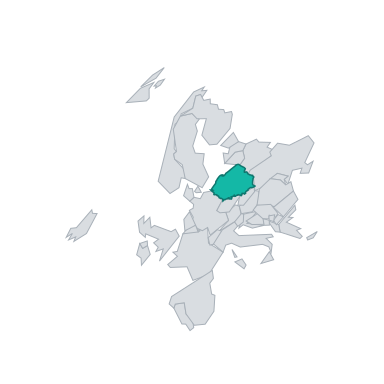 Poland highlighted on a map of Europe, rotated 319°
{"feature_id": "POL", "entity_name": "Poland", "entity_type": "country or territory", "adm_level": 0, "iso_a3": "POL", "parent_name": "Europe", "parent_adm1": "", "projection": "robinson", "projection_center": [19.099, 51.929], "detail": "fine", "context": "in_parent", "style": "filled", "palette": "teal", "viewbox_px": 384, "rotation_deg": 319, "n_neighbors": 37, "source": "natural_earth", "source_scale": "50m", "svg_char_len": 10833}
<svg xmlns="http://www.w3.org/2000/svg" viewBox="0 0 384 384"><g transform="rotate(319 192 192)"><path d="M201.1,81.5L221.1,79.9L235.1,84.3L227.3,86.0L221.2,93.1L217.3,93.3L201.1,81.5ZM269.9,125.0L261.2,127.3L262.4,124.0L257.8,122.1L247.6,129.3L235.1,125.9L230.3,130.4L223.6,129.7L206.9,147.7L206.8,151.3L203.1,151.3L200.4,155.9L201.0,170.9L195.7,177.4L193.2,174.2L185.0,180.2L174.4,178.7L173.5,161.7L227.8,123.7L258.9,117.6L270.1,120.8L265.7,122.0L269.9,125.0ZM252.7,79.9L239.5,82.5L222.3,79.0L239.0,77.9L252.7,79.9ZM245.2,88.8L238.2,90.5L232.6,89.6L234.8,88.5L232.9,87.2L239.3,86.4L245.2,88.8Z" fill="#d9dde1" stroke="#a8b0b8" stroke-width="1"/><path d="M157.7,217.6L180.5,229.0L170.9,241.4L176.0,257.8L150.7,265.2L134.7,259.3L139.2,245.2L126.1,234.7L126.1,230.8L138.8,231.0L138.1,224.9L141.9,227.2L157.7,217.6ZM181.4,269.4L184.5,261.6L183.4,270.5L181.4,269.4Z" fill="#d9dde1" stroke="#a8b0b8" stroke-width="1"/><path d="M195.7,177.4L202.6,165.0L200.4,155.9L203.1,151.3L206.8,151.3L219.1,132.3L233.0,127.1L243.5,132.7L245.2,141.8L238.9,143.2L236.0,149.5L222.7,157.8L219.9,164.8L226.3,171.1L218.5,178.1L214.5,191.5L202.5,195.4L195.7,177.4Z" fill="#d9dde1" stroke="#a8b0b8" stroke-width="1"/><path d="M264.2,191.2L275.3,194.4L275.2,198.2L283.7,206.0L278.1,207.4L280.5,212.6L275.6,216.7L246.1,215.3L245.6,203.0L253.9,201.0L257.5,194.1L264.2,191.2Z" fill="#d9dde1" stroke="#a8b0b8" stroke-width="1"/><path d="M297.0,247.2L303.6,248.2L292.5,254.2L285.9,248.9L290.6,246.1L282.0,241.5L269.4,249.1L269.9,242.9L274.9,243.0L268.6,233.9L252.3,235.9L240.3,232.2L247.9,221.4L246.1,215.3L250.3,213.7L275.6,216.7L276.9,212.9L288.6,211.3L296.2,220.6L316.7,225.8L316.3,235.0L296.4,243.8L297.0,247.2Z" fill="#d9dde1" stroke="#a8b0b8" stroke-width="1"/><path d="M218.4,233.8L214.1,241.6L208.1,243.0L185.9,239.3L200.9,237.4L204.0,229.8L216.4,230.3L218.4,233.8Z" fill="#d9dde1" stroke="#a8b0b8" stroke-width="1"/><path d="M240.3,232.2L243.0,235.1L235.9,243.6L224.7,246.6L215.0,240.7L218.4,233.8L240.3,232.2Z" fill="#d9dde1" stroke="#a8b0b8" stroke-width="1"/><path d="M259.8,233.3L268.6,233.9L274.9,243.0L269.9,242.9L267.4,248.1L266.6,240.9L259.8,233.3Z" fill="#d9dde1" stroke="#a8b0b8" stroke-width="1"/><path d="M267.4,248.1L273.4,249.1L269.2,257.8L244.5,257.1L232.4,244.6L244.9,234.0L259.8,233.3L266.6,240.9L267.4,248.1Z" fill="#d9dde1" stroke="#a8b0b8" stroke-width="1"/><path d="M257.5,194.1L253.9,201.0L245.6,203.0L235.4,191.9L250.7,190.2L257.5,194.1Z" fill="#d9dde1" stroke="#a8b0b8" stroke-width="1"/><path d="M260.2,184.5L264.2,191.2L257.5,194.1L250.7,190.2L235.4,191.9L241.1,183.0L244.4,186.9L251.6,181.9L260.2,184.5Z" fill="#d9dde1" stroke="#a8b0b8" stroke-width="1"/><path d="M262.3,174.2L260.2,184.5L248.3,182.8L244.2,175.7L262.3,174.2Z" fill="#d9dde1" stroke="#a8b0b8" stroke-width="1"/><path d="M207.0,203.8L210.3,217.8L198.5,222.3L204.0,229.8L200.9,237.4L177.4,236.5L180.5,229.0L174.4,228.0L172.2,223.0L172.7,213.9L176.4,211.9L178.0,204.1L182.2,205.0L185.1,202.4L184.3,197.4L190.0,197.3L193.9,202.5L200.5,200.0L207.0,203.8Z" fill="#d9dde1" stroke="#a8b0b8" stroke-width="1"/><path d="M243.2,254.9L244.5,257.1L269.2,257.8L267.1,267.1L244.7,270.7L243.2,254.9Z" fill="#d9dde1" stroke="#a8b0b8" stroke-width="1"/><path d="M260.6,304.0L253.4,306.1L247.8,304.1L248.6,301.7L260.6,304.0ZM236.1,273.4L261.0,269.5L258.7,273.5L248.2,274.3L251.4,277.4L243.4,276.7L250.0,291.0L245.8,289.5L246.1,297.8L243.0,297.9L232.2,280.1L236.1,273.4Z" fill="#d9dde1" stroke="#a8b0b8" stroke-width="1"/><path d="M236.1,273.4L232.2,280.1L228.9,276.7L230.3,263.3L236.1,273.4Z" fill="#d9dde1" stroke="#a8b0b8" stroke-width="1"/><path d="M216.5,242.6L228.8,249.4L212.8,251.7L224.6,264.5L213.9,258.9L209.1,250.3L203.7,250.0L216.5,242.6Z" fill="#d9dde1" stroke="#a8b0b8" stroke-width="1"/><path d="M186.5,237.1L189.6,242.7L175.9,246.5L170.7,243.8L174.2,237.0L186.5,237.1Z" fill="#d9dde1" stroke="#a8b0b8" stroke-width="1"/><path d="M171.0,223.2L172.5,226.6L170.4,226.2L171.0,223.2Z" fill="#d9dde1" stroke="#a8b0b8" stroke-width="1"/><path d="M172.9,219.4L170.4,226.2L157.7,217.6L168.2,215.9L172.9,219.4Z" fill="#d9dde1" stroke="#a8b0b8" stroke-width="1"/><path d="M177.1,205.3L172.9,219.4L161.2,216.6L167.9,207.3L177.1,205.3Z" fill="#d9dde1" stroke="#a8b0b8" stroke-width="1"/><path d="M102.1,267.8L105.8,265.6L113.5,270.5L107.5,280.1L108.7,288.7L104.3,295.5L99.6,295.3L100.6,287.6L97.8,285.0L102.1,267.8Z" fill="#d9dde1" stroke="#a8b0b8" stroke-width="1"/><path d="M106.3,294.1L107.5,280.1L113.5,270.5L105.8,265.6L102.1,267.8L101.3,261.5L108.0,257.5L155.9,264.5L151.4,271.3L145.6,272.5L139.9,281.9L141.5,285.0L130.3,296.4L115.2,300.4L106.3,294.1Z" fill="#d9dde1" stroke="#a8b0b8" stroke-width="1"/><path d="M123.3,203.2L119.5,211.7L105.8,214.1L110.2,208.5L109.0,203.1L118.8,196.6L117.8,202.2L123.3,203.2Z" fill="#d9dde1" stroke="#a8b0b8" stroke-width="1"/><path d="M190.0,240.5L204.5,242.5L205.0,247.5L197.9,248.6L198.8,255.7L224.3,276.1L223.9,279.1L217.5,275.6L218.2,284.1L212.0,289.6L214.0,283.8L210.9,277.8L192.3,265.2L188.3,256.6L182.6,254.2L176.0,257.8L174.1,245.3L190.0,240.5ZM197.1,291.2L211.2,287.8L209.2,296.7L197.1,291.2ZM178.5,272.9L185.8,275.3L184.9,282.6L180.9,284.1L178.5,272.9Z" fill="#d9dde1" stroke="#a8b0b8" stroke-width="1"/><path d="M190.0,197.3L184.3,197.4L183.2,189.3L193.6,183.2L192.0,187.5L194.5,189.7L190.0,197.3ZM200.3,191.5L198.8,198.3L194.7,195.3L194.3,193.2L200.3,191.5Z" fill="#d9dde1" stroke="#a8b0b8" stroke-width="1"/><path d="M123.3,203.2L117.8,202.2L118.8,196.6L126.1,199.6L123.3,203.2ZM135.8,205.7L129.6,193.2L127.0,195.6L126.0,188.0L132.2,178.5L140.1,178.5L135.0,184.1L143.6,183.4L137.6,192.2L141.7,192.5L150.2,208.2L155.1,209.2L153.4,216.9L122.1,222.8L133.0,216.1L125.7,213.2L130.3,211.5L129.7,205.2L135.8,205.7Z" fill="#d9dde1" stroke="#a8b0b8" stroke-width="1"/><path d="M104.7,139.7L102.9,142.8L106.2,146.0L85.1,154.1L70.4,151.8L74.8,149.6L67.4,147.2L74.6,144.8L67.3,143.7L76.7,139.9L81.3,143.1L104.7,139.7Z" fill="#d9dde1" stroke="#a8b0b8" stroke-width="1"/><path d="M204.5,242.5L215.0,240.7L216.5,242.6L211.0,248.3L204.0,248.0L204.5,242.5Z" fill="#d9dde1" stroke="#a8b0b8" stroke-width="1"/><path d="M262.4,124.0L261.0,130.6L266.7,133.8L263.7,137.4L268.4,142.8L266.3,146.9L270.0,150.6L268.7,153.8L274.6,157.2L273.4,159.8L262.4,169.0L242.2,172.3L236.1,167.9L236.7,155.6L250.9,146.1L243.8,140.0L243.5,132.7L233.0,127.1L247.6,129.3L257.8,122.1L262.4,124.0Z" fill="#d9dde1" stroke="#a8b0b8" stroke-width="1"/><path d="M242.3,228.6L239.4,232.8L222.2,235.8L218.0,232.0L225.2,226.4L242.3,228.6Z" fill="#d9dde1" stroke="#a8b0b8" stroke-width="1"/><path d="M210.3,217.8L221.0,221.8L226.5,226.4L207.1,231.5L199.5,226.1L198.5,222.3L210.3,217.8Z" fill="#d9dde1" stroke="#a8b0b8" stroke-width="1"/><path d="M225.1,263.6L215.9,255.9L213.8,249.4L228.7,251.4L229.1,258.5L225.1,263.6Z" fill="#d9dde1" stroke="#a8b0b8" stroke-width="1"/><path d="M242.1,265.4L244.7,270.7L234.2,272.1L234.9,266.8L242.1,265.4Z" fill="#d9dde1" stroke="#a8b0b8" stroke-width="1"/><path d="M226.3,245.8L232.4,244.6L243.3,253.0L242.8,264.6L238.5,265.8L235.1,260.2L232.6,262.7L228.0,258.8L226.3,245.8Z" fill="#d9dde1" stroke="#a8b0b8" stroke-width="1"/><path d="M231.8,263.9L228.7,267.8L224.6,264.5L228.0,258.8L231.8,263.9Z" fill="#d9dde1" stroke="#a8b0b8" stroke-width="1"/><path d="M234.2,267.9L231.8,263.9L234.3,260.5L239.4,263.4L234.2,267.9Z" fill="#d9dde1" stroke="#a8b0b8" stroke-width="1"/><path d="M246.4,215.7L246.6,216.0L246.7,216.3L246.6,216.5L246.7,216.8L246.9,217.0L247.5,217.7L247.9,218.4L248.1,218.7L248.6,219.1L248.4,219.4L248.2,219.4L248.1,219.5L248.4,219.9L248.6,220.4L248.6,220.9L248.4,221.0L248.2,221.3L248.1,221.5L247.0,221.7L246.8,222.0L246.2,222.5L245.8,222.8L245.2,223.3L244.2,224.2L243.9,224.6L243.6,225.0L242.8,225.8L242.6,226.2L242.7,226.5L242.9,227.2L243.0,227.5L243.0,227.8L242.9,228.1L243.1,228.4L243.5,228.7L243.5,228.8L243.3,229.0L242.9,228.9L242.4,228.7L242.2,228.7L241.9,228.7L240.7,228.3L240.0,228.0L239.9,227.8L239.7,227.5L239.4,227.2L238.6,227.0L238.3,226.9L237.1,226.8L236.6,226.8L236.2,226.8L235.9,226.8L235.6,227.3L235.4,227.4L235.0,227.4L234.7,227.3L234.4,227.1L234.0,227.0L233.6,227.0L233.4,227.0L233.1,227.0L232.9,227.0L232.6,227.1L232.4,227.3L232.0,227.4L231.8,227.6L231.6,228.1L231.0,227.9L230.8,228.0L230.5,228.1L230.3,228.0L230.4,227.8L230.4,227.6L230.4,227.4L230.4,227.1L230.2,227.0L229.9,227.0L229.8,226.9L229.6,226.7L229.4,226.4L229.1,226.0L229.0,225.9L228.7,226.1L228.4,226.3L228.1,226.3L227.7,226.9L226.9,227.0L226.9,226.7L226.8,226.4L226.4,226.3L226.4,226.2L226.3,225.8L225.4,225.0L225.3,224.7L225.2,224.3L225.0,224.2L224.3,224.1L224.1,224.2L223.7,223.9L223.3,223.7L223.2,223.7L222.9,223.6L222.3,223.8L222.1,223.8L222.0,223.7L221.8,223.4L221.5,223.2L221.3,223.1L221.1,223.0L221.1,222.9L221.6,222.7L221.7,222.1L221.4,222.2L221.0,222.3L220.6,222.3L220.4,222.3L219.3,221.7L218.5,221.5L218.1,221.4L218.1,221.5L218.3,221.9L218.6,222.3L218.2,222.6L217.9,222.7L217.7,222.9L217.4,223.1L217.2,223.2L216.9,223.0L216.4,222.4L215.9,221.9L215.6,221.7L215.4,221.6L215.4,221.3L215.6,221.1L215.9,221.0L216.0,221.0L216.1,220.8L216.2,220.7L215.9,220.4L215.6,220.2L214.7,220.4L214.4,220.5L214.3,220.3L214.2,220.1L213.7,219.9L213.3,219.8L212.9,219.7L212.2,219.5L211.9,219.5L211.7,219.4L211.5,219.2L211.4,219.0L211.3,218.6L210.8,218.4L210.2,218.3L210.2,218.8L210.2,219.0L209.8,219.1L209.4,219.1L209.9,218.4L210.1,217.9L210.3,217.1L210.1,216.4L210.0,216.1L209.9,215.9L209.2,215.6L209.2,215.1L209.2,214.9L209.0,214.7L208.8,214.3L208.7,214.0L209.0,213.6L209.1,213.3L209.2,212.9L209.3,212.7L209.2,212.5L209.1,212.3L209.2,212.0L209.1,211.8L208.8,211.6L208.6,211.4L208.6,211.2L208.6,210.8L208.9,210.3L208.4,209.7L207.4,209.0L206.9,208.5L206.9,208.2L207.2,207.9L207.6,207.7L207.9,207.3L208.1,206.8L208.1,206.7L208.1,206.3L207.7,204.9L207.6,204.5L207.6,204.1L208.5,204.3L208.9,204.4L208.8,204.2L208.8,203.8L208.8,203.5L207.9,203.3L207.4,203.2L207.4,202.8L207.5,202.9L208.1,202.9L209.5,202.4L211.8,201.8L214.4,201.2L215.0,201.1L215.5,201.0L215.8,200.8L216.0,200.6L216.3,200.2L217.1,199.6L218.4,199.4L218.9,199.1L220.0,198.7L222.4,198.2L223.4,198.1L224.3,198.1L225.2,198.4L226.1,198.9L226.3,199.2L225.8,199.0L225.1,198.6L224.8,198.6L225.4,199.8L225.7,200.2L226.4,200.6L227.0,200.7L228.8,200.5L229.4,200.2L229.6,200.1L230.9,200.2L232.1,200.3L233.9,200.4L235.9,200.4L237.9,200.5L240.1,200.6L242.4,200.7L242.5,200.6L242.8,200.4L243.1,200.5L243.4,200.6L243.6,200.7L243.6,200.8L243.9,200.9L244.2,201.0L244.7,201.2L245.0,201.5L245.4,201.8L245.5,202.1L245.5,202.5L245.6,202.8L246.1,204.6L246.9,206.4L247.2,207.2L247.4,207.7L247.5,208.3L247.5,208.8L247.5,209.0L247.5,209.4L247.2,209.6L245.7,210.2L245.4,210.4L245.0,210.8L244.6,211.3L244.5,211.5L245.1,212.0L245.7,212.2L245.9,212.4L246.3,212.6L246.5,212.9L246.5,213.3L246.4,213.7L246.4,214.1L246.3,214.4L246.1,214.6L246.1,215.1L246.4,215.7Z" fill="#14b8a6" stroke="#0f766e" stroke-width="1.5"/></g></svg>